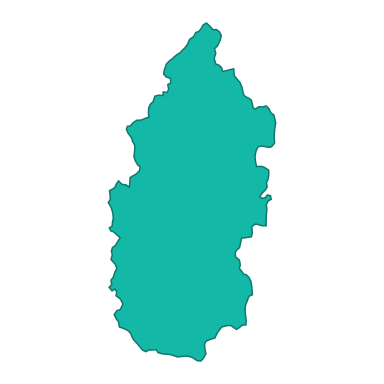 Itapirapuã Paulista, São Paulo, Brazil
{"feature_id": "56859067B83985397288450", "entity_name": "Itapirapuã Paulista", "entity_type": "district", "adm_level": 2, "iso_a3": "BRA", "parent_name": "Brazil", "parent_adm1": "São Paulo", "projection": "equal_earth", "projection_center": [-49.22, -24.557], "detail": "fine", "context": "isolated", "style": "filled", "palette": "teal", "viewbox_px": 384, "rotation_deg": 0, "n_neighbors": 0, "source": "geoboundaries", "source_scale": "gbopen_adm2", "svg_char_len": 3005}
<svg xmlns="http://www.w3.org/2000/svg" viewBox="0 0 384 384"><path d="M166.5,63.9L164.4,69.6L163.6,73.9L166.4,77.1L170.5,78.3L170.7,83.1L167.8,84.5L168.6,89.2L167.3,92.4L163.3,91.9L162.9,95.5L158.3,95.2L154.9,96.2L153.0,101.9L150.6,103.9L148.7,107.7L148.4,113.4L148.9,117.3L146.3,117.9L143.4,119.2L140.4,120.2L136.9,120.2L132.9,122.8L130.2,126.1L127.5,126.2L126.4,129.3L128.0,133.1L131.6,137.9L132.5,141.2L134.8,145.5L134.6,151.3L133.9,156.6L135.1,160.4L137.7,165.0L140.2,166.7L139.5,170.5L136.4,174.0L132.3,176.2L130.1,177.6L129.9,181.8L129.4,187.2L126.1,184.9L121.9,184.3L118.6,180.9L116.4,183.8L115.1,187.1L112.9,188.9L109.5,190.6L110.1,195.0L110.3,199.2L108.3,202.5L111.2,207.5L112.8,213.1L113.3,218.1L112.5,222.1L112.1,226.1L109.3,227.9L110.7,230.8L113.3,231.7L115.6,233.6L120.1,237.9L118.0,241.0L115.4,245.5L112.5,247.5L111.4,251.3L112.3,254.8L111.0,259.5L113.3,262.2L115.4,264.4L116.8,268.7L114.8,272.3L113.3,277.3L111.0,280.1L111.7,284.8L109.1,287.3L112.1,290.9L114.7,289.0L116.8,291.8L116.0,295.7L120.4,299.1L122.9,304.0L120.3,309.6L117.0,310.5L114.2,314.5L116.1,318.7L118.5,321.8L119.4,327.0L123.2,328.3L125.8,329.4L128.6,331.0L130.9,333.9L132.2,337.4L133.8,340.0L137.4,343.8L142.3,349.9L145.8,351.7L148.7,350.1L153.3,349.9L156.2,349.7L158.1,352.6L161.8,353.7L166.2,354.2L170.4,354.5L177.8,357.0L182.4,356.4L185.6,356.1L188.8,356.4L192.3,357.4L197.1,360.6L200.9,361.0L203.3,358.5L205.9,353.7L204.8,348.3L204.6,344.1L206.0,341.2L210.2,339.4L214.8,338.1L216.9,333.7L218.8,330.8L221.7,327.0L227.8,325.5L231.1,325.6L234.2,327.9L236.6,329.4L238.9,327.8L242.7,325.0L245.9,325.0L246.2,320.3L245.6,316.0L245.1,310.7L245.4,305.6L247.3,300.7L249.0,296.2L252.4,294.8L252.1,290.2L251.6,285.4L250.9,281.3L249.0,277.5L246.3,274.8L243.7,274.2L241.3,270.8L239.4,268.6L240.3,264.8L239.4,260.1L235.6,256.8L235.2,252.6L236.8,249.9L239.5,247.7L240.6,242.8L241.4,238.3L251.4,236.8L252.3,232.9L251.8,226.6L255.2,224.1L258.1,224.5L261.8,225.7L266.1,225.7L266.1,219.9L266.4,214.3L266.9,209.4L266.3,204.7L268.4,200.7L271.2,199.4L270.5,195.7L267.3,195.0L265.2,197.8L262.2,198.4L259.6,196.4L262.7,192.7L265.3,190.0L267.2,187.0L266.5,182.6L268.0,179.5L268.8,174.9L268.7,170.2L264.8,167.6L261.9,166.4L256.6,166.5L255.5,161.7L255.0,156.4L256.0,151.1L258.0,146.9L261.5,146.0L267.6,147.1L270.4,147.3L272.6,145.7L274.6,142.8L274.1,136.9L274.4,132.8L274.7,129.0L275.7,122.8L274.7,118.5L273.9,115.1L270.8,112.7L268.9,108.6L266.1,105.9L263.1,106.9L258.6,106.8L255.4,109.2L253.1,107.7L252.3,103.9L251.3,100.1L249.0,98.4L246.6,97.2L243.9,95.3L242.7,91.0L242.0,87.2L240.0,82.5L237.1,79.2L234.4,75.8L234.0,72.5L233.7,68.8L229.7,69.8L225.6,70.8L222.6,71.5L221.6,67.8L219.3,65.4L215.7,63.9L214.2,58.3L215.8,53.1L214.5,48.9L217.5,45.8L220.0,40.7L221.3,35.6L219.3,31.6L216.1,29.4L213.4,30.0L210.5,26.9L206.5,23.0L203.4,24.7L201.2,28.5L198.9,31.4L195.8,32.5L193.6,36.6L189.6,39.4L187.6,44.1L185.1,47.7L182.1,50.5L179.8,53.0L177.1,54.5L174.2,56.9L171.9,59.1L169.3,61.0L166.5,63.9Z" fill="#14b8a6" stroke="#0f766e" stroke-width="1.5"/></svg>